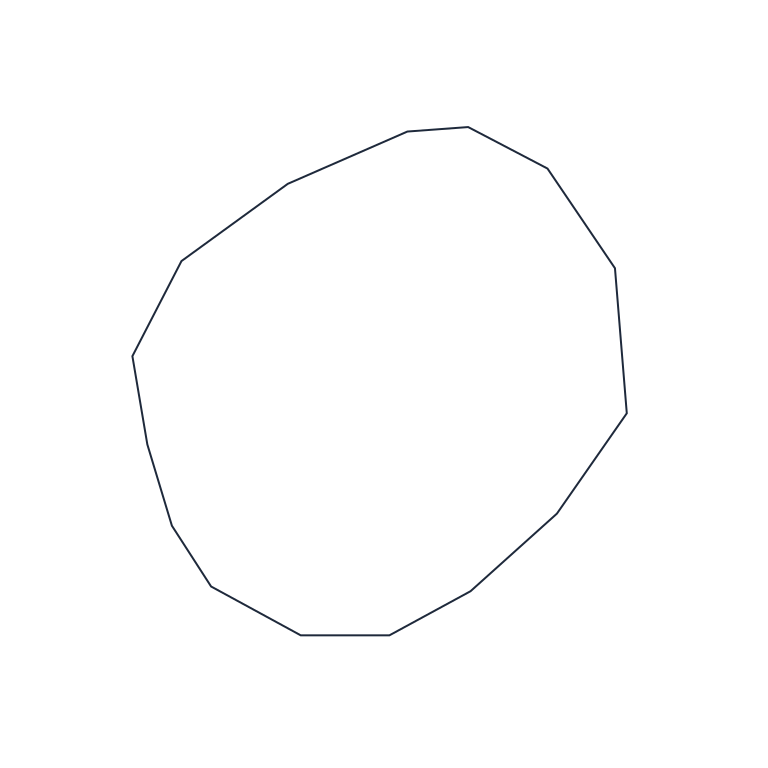 Tshimbulu, Kasaï-Occidental, Democratic Republic of the Congo (Mercator projection), rotated 324°
{"feature_id": "63176286B74390580243640", "entity_name": "Tshimbulu", "entity_type": "district", "adm_level": 2, "iso_a3": "COD", "parent_name": "Democratic Republic of the Congo", "parent_adm1": "Kasaï-Occidental", "projection": "mercator", "projection_center": [22.857, -6.479], "detail": "fine", "context": "isolated", "style": "outline", "palette": "slate", "viewbox_px": 768, "rotation_deg": 324, "n_neighbors": 0, "source": "geoboundaries", "source_scale": "gbopen_adm2", "svg_char_len": 358}
<svg xmlns="http://www.w3.org/2000/svg" viewBox="0 0 768 768"><g transform="rotate(324 384 384)"><path d="M240.6,590.5L332.2,602.5L447.7,590.5L563.2,550.4L638.9,426.1L642.9,305.8L603.1,225.6L551.3,193.5L423.8,165.5L292.4,165.5L196.8,213.6L157.0,293.8L129.1,374.0L125.1,446.2L168.9,538.4L240.6,590.5Z" fill="none" stroke="#1e293b" stroke-width="2"/></g></svg>